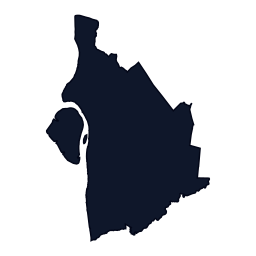 Duran, Guayas, Ecuador (Robinson projection)
{"feature_id": "8360857B97967949149299", "entity_name": "Duran", "entity_type": "district", "adm_level": 2, "iso_a3": "ECU", "parent_name": "Ecuador", "parent_adm1": "Guayas", "projection": "robinson", "projection_center": [-79.802, -2.217], "detail": "fine", "context": "isolated", "style": "filled", "palette": "ink", "viewbox_px": 256, "rotation_deg": 0, "n_neighbors": 0, "source": "geoboundaries", "source_scale": "gbopen_adm2", "svg_char_len": 5700}
<svg xmlns="http://www.w3.org/2000/svg" viewBox="0 0 256 256"><path d="M166.0,213.3L166.3,212.1L166.3,211.1L165.2,209.4L165.2,208.4L165.6,207.5L167.9,206.8L168.7,205.2L170.4,204.1L170.5,203.5L170.1,201.8L170.6,201.2L170.9,201.2L172.2,201.7L173.5,201.4L174.6,201.7L176.0,201.5L176.9,201.8L177.8,201.7L178.1,201.4L178.5,200.8L178.4,199.0L180.1,196.0L179.9,194.2L180.0,193.8L180.6,193.5L181.3,193.8L183.9,194.3L183.8,195.0L182.9,195.6L182.9,196.0L183.4,197.0L183.9,197.2L184.1,197.0L184.8,195.7L185.5,195.1L186.6,195.6L187.3,195.6L192.2,193.6L195.1,192.9L195.6,192.3L196.2,190.8L196.7,190.6L198.4,191.0L199.1,190.4L200.2,189.0L202.2,188.2L203.5,187.1L204.1,187.1L204.6,187.8L205.1,187.9L205.6,187.3L206.4,185.1L207.9,184.6L208.8,184.0L208.8,183.4L208.2,181.4L209.3,179.3L209.3,178.8L209.0,178.2L197.3,178.0L198.3,167.1L198.5,166.8L200.1,148.3L189.7,145.4L191.1,134.4L192.4,128.2L192.2,128.1L193.0,124.9L193.6,124.7L191.7,118.4L189.7,109.9L189.8,108.7L190.4,107.0L190.6,105.6L191.4,104.1L191.7,103.1L190.0,105.5L189.0,105.9L188.5,105.5L187.0,105.0L185.5,104.1L184.7,104.0L184.5,103.8L184.5,102.8L184.1,102.4L183.7,102.4L183.2,103.1L180.7,103.4L173.3,110.8L162.1,96.2L153.1,84.9L146.1,73.8L138.5,62.4L135.3,65.4L131.1,68.1L127.3,72.1L126.6,71.0L125.0,70.0L123.3,68.4L121.4,67.3L120.5,67.7L119.6,67.4L119.2,67.1L118.8,65.6L118.0,63.8L116.7,62.0L116.1,60.2L116.1,59.1L116.6,56.2L116.3,54.5L113.9,54.5L111.5,53.8L110.3,54.6L109.8,55.6L108.6,56.7L106.2,54.2L105.4,54.1L104.7,53.6L104.2,52.7L103.8,52.3L102.9,51.9L101.8,51.7L98.1,49.8L96.7,49.3L95.5,46.8L94.4,45.9L94.4,45.4L94.5,42.9L94.9,41.7L94.8,38.3L95.4,36.4L95.7,36.2L96.2,36.0L96.2,34.9L95.8,33.9L96.3,33.6L96.3,33.2L95.6,32.1L95.6,30.3L96.2,29.7L96.3,29.2L97.1,28.9L97.2,28.0L97.9,27.5L97.9,26.6L98.2,25.9L98.3,23.0L98.2,22.3L97.7,21.3L97.0,21.0L96.7,20.5L92.5,19.4L89.3,18.1L85.7,17.2L80.3,15.6L79.1,15.4L77.1,15.4L75.4,15.7L75.1,16.1L75.0,16.7L75.2,26.2L75.4,29.2L75.2,31.9L75.4,34.8L74.9,38.9L78.0,45.6L78.1,46.4L78.5,47.0L78.4,47.2L78.8,48.4L79.5,52.3L79.4,56.0L78.3,61.0L78.3,63.3L77.9,64.6L78.0,65.0L78.3,65.0L78.0,65.3L77.8,66.6L78.0,67.5L77.5,67.4L77.1,68.3L77.1,69.2L76.2,72.0L75.5,73.9L74.7,75.1L74.3,76.5L73.8,77.7L69.9,82.3L69.1,82.8L68.9,83.2L68.3,83.3L66.9,84.5L66.6,85.7L65.7,87.0L65.1,88.5L64.4,89.2L64.2,90.1L63.7,90.7L63.4,91.9L62.4,93.7L62.2,94.5L62.4,94.7L62.2,95.8L62.7,98.1L63.2,99.0L62.9,100.0L63.4,100.6L63.8,101.5L65.0,101.7L67.3,101.1L68.7,101.0L69.1,101.2L69.7,101.2L70.3,100.9L71.0,100.9L72.8,101.3L75.5,102.3L75.6,102.7L76.0,103.2L78.3,105.0L81.2,109.0L82.1,110.7L82.3,111.8L83.3,111.0L82.6,112.0L84.1,114.2L85.0,115.9L85.2,116.0L85.8,117.5L87.6,121.0L89.0,126.0L89.3,129.8L89.0,130.2L89.2,130.9L89.2,133.5L89.0,137.6L88.7,138.9L89.0,139.8L89.0,141.4L88.2,145.9L88.4,146.6L88.2,146.7L87.9,146.4L87.8,146.6L87.7,146.8L88.0,147.1L87.6,147.5L87.1,149.3L86.7,153.3L86.6,156.4L86.7,158.7L87.2,159.1L87.2,159.3L86.8,159.3L86.8,159.5L86.9,160.9L86.9,161.7L87.3,162.2L87.2,164.9L87.3,165.4L87.6,165.6L87.6,166.0L87.4,166.1L87.3,167.0L87.7,169.2L87.8,170.2L87.6,171.0L88.0,171.9L87.7,173.6L88.3,175.3L88.3,177.5L88.7,177.8L88.6,178.1L88.4,178.2L88.2,178.5L88.4,181.9L88.0,182.9L88.1,184.0L87.8,184.5L88.1,185.7L87.9,185.7L87.8,185.9L87.5,187.7L87.1,188.4L87.7,188.8L86.8,189.1L86.3,193.0L86.4,193.8L86.1,194.5L86.0,195.3L86.7,196.6L86.5,196.8L86.2,196.6L86.1,197.0L86.4,197.8L86.7,201.6L86.3,202.4L86.8,203.2L86.6,203.4L87.2,208.6L87.1,209.3L87.1,210.0L87.7,212.4L89.5,227.2L89.8,228.2L90.1,228.4L90.3,227.9L90.3,228.3L90.3,228.6L90.0,228.9L90.0,230.0L90.4,232.0L91.2,238.0L91.1,240.6L93.0,239.7L95.1,239.7L95.7,239.5L96.8,238.0L98.1,237.5L99.1,236.8L100.4,234.8L101.5,234.5L102.8,233.9L104.8,233.6L105.5,232.7L105.8,233.2L106.4,233.2L106.8,232.9L107.3,231.8L109.9,230.4L111.5,230.4L111.9,230.3L113.7,230.5L114.3,230.1L114.8,230.1L117.5,230.3L118.1,230.0L119.1,230.1L121.1,229.0L122.6,228.9L123.6,229.1L123.8,228.7L124.0,228.8L125.2,228.6L125.7,228.7L125.8,227.2L125.4,225.4L125.4,224.2L131.2,227.4L131.1,227.5L130.2,227.2L130.1,227.7L130.7,228.0L130.8,228.5L130.2,229.4L130.2,230.0L131.1,230.3L131.3,230.8L131.0,231.2L130.1,231.5L130.1,231.9L131.1,232.6L131.3,233.7L131.9,233.8L132.7,234.2L133.5,234.8L133.9,234.6L134.6,234.8L134.8,234.4L134.3,233.8L134.2,233.2L134.8,232.2L135.8,232.0L135.9,233.2L136.5,233.3L137.4,232.5L139.7,231.2L140.6,231.3L141.5,231.0L143.4,228.5L144.2,228.1L145.9,228.0L146.8,227.4L148.7,224.2L150.8,223.1L152.0,220.7L153.0,220.8L153.5,220.7L154.6,219.0L155.5,218.5L156.0,218.7L156.6,219.6L157.1,220.0L157.8,220.2L158.3,220.0L158.7,219.4L160.2,217.9L161.2,217.2L161.9,215.7L162.4,215.1L164.9,214.3L166.0,213.3ZM73.1,108.4L71.1,108.0L69.9,108.0L67.3,108.6L65.4,108.6L62.7,108.9L59.6,111.1L58.8,111.5L57.5,112.7L56.2,114.4L55.5,115.8L55.2,117.1L55.8,118.4L58.1,120.4L58.3,120.7L57.8,121.1L57.4,121.1L55.5,120.3L53.9,119.1L53.5,119.5L52.8,120.8L52.5,122.2L52.1,123.0L46.7,130.6L46.7,131.6L46.8,132.1L47.7,133.5L48.9,134.0L49.1,134.4L49.2,135.6L49.6,136.3L51.7,138.8L54.0,141.2L55.0,141.4L56.9,140.7L57.2,140.9L57.2,141.3L56.1,143.1L56.5,143.3L57.7,144.8L61.1,151.5L61.7,152.3L62.2,152.6L63.8,151.9L64.3,152.1L64.5,153.0L64.2,153.3L63.0,153.8L63.0,154.5L63.8,155.0L64.8,156.8L67.8,160.3L73.3,163.2L76.5,163.9L77.6,163.6L78.4,163.1L78.8,162.4L79.6,159.1L79.6,157.4L79.1,157.4L78.7,157.9L78.2,158.1L77.7,157.9L77.6,157.5L77.6,157.2L78.2,156.6L79.3,154.5L78.9,152.0L78.7,148.7L78.7,145.5L78.9,144.9L79.1,141.0L80.9,133.6L82.4,129.1L82.9,127.1L83.2,124.8L82.8,121.7L81.9,119.3L81.7,118.2L80.4,116.6L78.3,113.8L77.6,111.9L77.1,111.2L74.8,109.2L73.1,108.4ZM84.4,143.4L85.3,142.3L86.7,137.6L86.7,134.9L85.2,135.7L83.7,139.3L83.6,142.5L83.9,143.5L84.4,143.4Z" fill="#0f172a" stroke="#020617" stroke-width="1.5"/></svg>